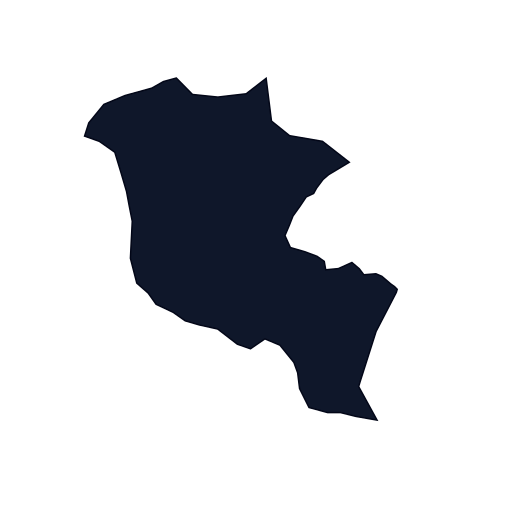 Katydata, Nicosia, Cyprus (Equal Earth projection), rotated 70°
{"feature_id": "46923920B11980221307495", "entity_name": "Katydata", "entity_type": "district", "adm_level": 2, "iso_a3": "CYP", "parent_name": "Cyprus", "parent_adm1": "Nicosia", "projection": "equal_earth", "projection_center": [32.882, 35.084], "detail": "fine", "context": "isolated", "style": "filled", "palette": "ink", "viewbox_px": 512, "rotation_deg": 70, "n_neighbors": 0, "source": "geoboundaries", "source_scale": "gbopen_adm2", "svg_char_len": 1021}
<svg xmlns="http://www.w3.org/2000/svg" viewBox="0 0 512 512"><g transform="rotate(70 256 256)"><path d="M92.5,185.7L100.2,209.8L97.2,222.3L93.6,237.5L82.5,260.4L61.5,270.0L60.4,283.3L62.6,296.5L60.4,324.2L61.5,347.1L73.7,367.6L84.7,376.1L94.7,364.0L110.2,353.2L132.3,354.4L151.1,355.6L165.5,358.0L181.0,360.4L215.2,374.8L240.7,377.3L254.0,370.0L267.2,366.4L280.5,353.2L292.7,344.7L301.5,332.7L311.5,317.0L332.5,303.7L341.3,292.9L336.9,276.0L348.0,264.0L369.0,256.8L380.0,256.8L395.5,260.4L416.5,258.0L427.6,242.3L432.0,230.2L440.9,217.0L451.6,198.4L413.8,204.2L409.8,201.2L367.9,168.9L338.2,136.6L335.6,134.7L332.3,136.2L328.2,139.0L318.1,144.7L313.7,149.4L310.5,161.1L303.3,163.3L294.9,168.1L296.0,182.9L292.8,195.2L284.4,193.7L277.2,198.7L268.8,208.5L267.1,210.8L259.8,220.8L246.7,221.8L238.9,214.5L237.0,212.8L231.1,207.6L224.4,197.8L217.7,188.6L216.9,180.4L212.8,175.7L207.0,166.8L204.4,159.9L199.8,136.3L171.0,154.3L154.4,183.3L134.5,195.3L92.5,185.7Z" fill="#0f172a" stroke="#020617" stroke-width="1.5"/></g></svg>